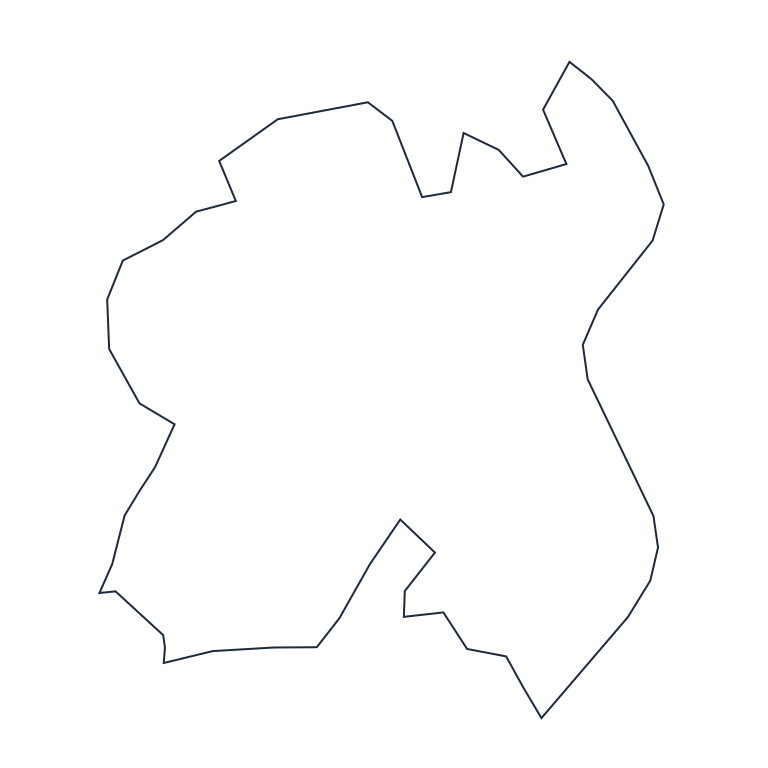 the border of Bauska, rotated 272°
{"feature_id": "LVA-1079", "entity_name": "Bauska", "entity_type": "Municipality", "adm_level": 1, "iso_a3": "LVA", "parent_name": "Latvia", "parent_adm1": "", "projection": "albers", "projection_center": [24.265, 56.397], "detail": "fine", "context": "isolated", "style": "outline", "palette": "slate", "viewbox_px": 768, "rotation_deg": 272, "n_neighbors": 0, "source": "natural_earth", "source_scale": "10m", "svg_char_len": 847}
<svg xmlns="http://www.w3.org/2000/svg" viewBox="0 0 768 768"><g transform="rotate(272 384 384)"><path d="M712.4,558.1L696.0,580.6L675.0,602.7L611.1,640.5L573.2,657.3L536.7,647.4L465.9,595.3L430.1,581.3L395.8,587.4L261.5,657.9L232.1,663.2L230.4,663.6L196.8,657.0L159.6,635.9L55.6,553.0L86.2,533.4L116.0,515.6L122.1,476.3L157.8,451.3L152.0,412.0L177.8,412.0L217.3,440.8L249.1,405.0L203.6,376.3L148.2,347.5L118.6,326.0L116.8,283.0L111.1,222.2L97.5,173.6L112.9,174.3L125.3,172.1L167.4,122.9L165.2,106.9L194.3,118.6L243.6,129.4L269.3,143.8L292.9,158.1L336.4,176.1L356.1,140.3L409.4,108.1L458.8,104.4L498.3,118.7L520.0,158.0L549.7,190.2L561.7,229.5L601.2,211.5L644.9,268.6L665.0,358.0L647.3,383.1L572.1,415.6L578.1,444.2L637.6,454.8L621.9,490.6L596.1,515.7L610.2,558.6L663.7,533.4L712.4,558.1Z" fill="none" stroke="#1e293b" stroke-width="2"/></g></svg>